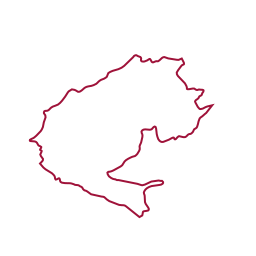 Napo, Equal Earth projection, rotated 44°
{"feature_id": "ECU-1290", "entity_name": "Napo", "entity_type": "Province", "adm_level": 1, "iso_a3": "ECU", "parent_name": "Ecuador", "parent_adm1": "", "projection": "equal_earth", "projection_center": [-77.718, -0.603], "detail": "fine", "context": "isolated", "style": "outline", "palette": "rose", "viewbox_px": 256, "rotation_deg": 44, "n_neighbors": 0, "source": "natural_earth", "source_scale": "10m", "svg_char_len": 3984}
<svg xmlns="http://www.w3.org/2000/svg" viewBox="0 0 256 256"><g transform="rotate(44 128 128)"><path d="M66.7,205.3L66.1,205.2L65.7,204.6L66.1,203.1L67.0,200.7L67.2,199.3L67.4,197.3L67.4,190.9L67.0,188.9L66.1,186.4L63.5,182.4L61.3,177.6L59.7,176.3L57.3,175.8L56.6,175.1L56.2,174.1L56.5,173.3L57.0,172.7L57.7,172.0L58.2,171.1L58.5,169.8L58.5,167.9L58.6,166.5L59.1,164.7L60.2,162.5L61.4,159.7L61.7,157.0L61.6,154.0L61.0,149.1L60.0,144.2L59.9,142.8L60.8,139.2L62.9,137.8L64.1,137.3L66.8,136.7L67.6,136.0L68.2,134.9L68.6,133.0L68.9,129.3L69.5,127.4L70.5,125.7L72.4,123.1L73.5,121.0L74.5,118.2L74.6,116.4L74.6,115.0L74.8,113.5L75.2,112.0L76.5,109.2L77.0,107.4L77.2,105.9L75.7,102.2L76.2,100.1L77.3,97.5L80.2,92.4L81.5,89.1L82.1,85.9L82.5,73.5L82.3,72.0L82.6,71.0L83.2,70.0L84.3,69.6L85.2,69.4L87.5,68.4L88.3,68.4L89.1,68.8L90.2,70.2L90.8,70.5L91.6,70.5L92.8,69.7L93.7,68.6L94.9,65.9L95.2,64.4L95.5,63.4L95.9,63.1L96.8,63.2L99.0,63.9L99.9,63.8L100.5,63.3L101.6,60.8L102.2,60.0L102.8,59.6L103.3,59.0L103.6,57.4L103.8,53.9L104.2,52.6L104.9,51.7L108.6,50.0L115.9,44.9L117.1,43.8L118.4,40.7L122.8,42.2L123.8,43.0L123.9,43.3L123.9,43.6L123.8,43.8L123.7,44.1L123.6,44.4L123.5,44.6L123.4,44.7L123.3,45.1L123.2,45.6L123.3,47.0L123.9,51.6L124.5,54.2L125.9,55.4L127.8,55.9L137.9,56.3L140.8,57.2L142.1,57.9L143.2,58.9L143.9,58.7L145.0,57.6L147.2,54.6L148.3,53.6L150.1,53.3L151.0,52.9L151.7,52.2L152.0,51.4L152.4,50.9L152.8,50.6L153.3,50.3L154.7,49.0L155.9,48.4L156.5,48.7L157.0,49.7L157.2,51.2L157.6,52.2L158.0,52.9L158.0,53.4L157.9,54.1L157.6,54.9L157.4,55.6L157.5,56.2L157.9,57.4L157.9,58.1L157.9,58.8L157.7,59.6L157.5,60.6L157.5,61.5L157.8,62.3L158.7,62.8L163.4,64.3L165.2,64.5L166.3,64.5L167.0,64.0L167.6,63.2L168.3,62.1L169.3,59.1L170.1,57.4L172.8,53.2L173.8,62.9L173.6,64.3L173.3,68.0L172.9,70.0L172.9,71.3L173.6,73.0L174.2,74.3L175.6,76.6L176.8,79.0L177.1,80.0L177.0,81.0L176.8,81.8L176.6,82.5L176.5,83.1L177.4,85.7L177.4,87.7L177.1,88.8L176.4,89.6L176.0,90.4L175.8,91.3L175.8,93.5L175.5,94.7L174.6,95.8L173.4,96.6L170.4,98.4L170.1,99.3L170.0,100.4L170.1,102.6L169.8,103.4L169.3,103.7L168.0,103.2L167.5,103.2L167.0,103.7L166.6,104.6L165.5,108.1L163.0,113.5L162.1,114.5L160.9,115.1L159.6,115.3L157.6,115.0L155.1,113.8L152.9,112.4L148.5,108.8L147.1,108.1L146.2,108.4L145.8,109.4L145.8,110.6L145.9,112.3L145.5,113.3L144.8,114.2L141.6,116.8L140.6,117.9L140.1,118.9L139.9,120.1L140.2,121.2L141.4,122.1L142.5,122.5L143.5,123.2L144.6,124.5L147.5,129.3L148.6,132.3L149.1,133.2L150.4,134.3L151.3,135.3L151.9,136.7L152.7,140.2L152.7,142.0L152.5,143.3L151.0,145.9L150.3,147.7L149.5,150.0L148.9,152.5L148.8,154.5L149.7,158.8L149.4,160.8L147.0,168.5L146.2,170.5L145.3,172.0L144.3,173.2L144.2,174.4L145.6,175.4L147.9,176.0L150.4,175.7L152.4,175.1L154.1,174.1L154.4,173.8L156.3,173.1L157.4,172.0L173.6,161.6L177.3,159.8L178.1,159.2L179.5,156.9L182.0,150.3L186.5,144.5L187.9,143.6L189.2,142.4L190.7,142.5L191.4,143.1L191.6,144.0L191.2,145.6L190.2,147.1L185.3,153.4L184.2,155.6L183.5,157.9L183.3,160.1L183.7,162.3L184.3,163.5L185.3,164.2L186.2,164.6L187.1,165.2L191.7,169.5L193.5,170.3L197.8,171.2L199.1,171.7L199.7,172.4L199.8,173.3L199.0,174.6L197.3,176.8L197.0,177.7L197.5,178.7L198.1,179.5L199.0,181.0L198.1,184.1L181.0,185.7L179.5,186.0L178.4,186.7L177.2,187.8L175.0,189.5L165.3,193.6L162.4,194.1L159.0,194.2L157.9,194.7L156.6,195.7L147.5,201.3L142.6,202.0L141.2,202.4L140.0,203.1L138.9,203.2L137.8,203.1L136.4,202.6L135.1,202.8L133.8,203.3L132.3,203.5L131.4,204.1L129.4,205.7L128.1,206.1L126.0,207.1L124.9,207.8L121.0,211.4L118.5,213.2L117.0,213.6L115.8,213.2L114.8,212.4L113.9,212.0L113.3,212.1L113.0,212.6L112.4,214.5L111.8,215.3L110.8,215.1L109.9,214.4L108.8,213.7L107.2,213.4L104.7,213.4L97.4,215.0L94.6,215.2L89.4,214.7L89.4,211.4L89.1,210.2L88.3,209.3L84.9,208.7L83.3,208.0L82.3,205.2L81.9,204.5L81.3,204.5L80.2,204.8L79.7,204.5L79.4,203.2L79.2,202.4L78.7,201.9L77.6,202.1L75.9,202.7L75.1,202.6L72.9,201.9L71.5,201.9L70.3,202.4L66.7,205.3Z" fill="none" stroke="#9f1239" stroke-width="2"/></g></svg>